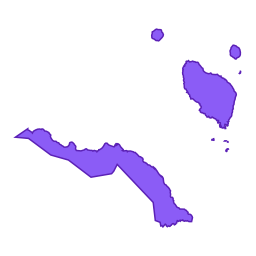 outline of Tawae/Siassi District, Morobe, Papua New Guinea
{"feature_id": "67681753B89980721222980", "entity_name": "Tawae/Siassi District", "entity_type": "district", "adm_level": 2, "iso_a3": "PNG", "parent_name": "Papua New Guinea", "parent_adm1": "Morobe", "projection": "robinson", "projection_center": [147.705, -5.833], "detail": "fine", "context": "isolated", "style": "filled", "palette": "violet", "viewbox_px": 256, "rotation_deg": 0, "n_neighbors": 0, "source": "geoboundaries", "source_scale": "gbopen_adm2", "svg_char_len": 5906}
<svg xmlns="http://www.w3.org/2000/svg" viewBox="0 0 256 256"><path d="M191.6,221.6L192.5,217.6L192.1,216.4L191.3,215.1L189.9,214.2L188.4,214.2L187.9,213.3L188.1,212.3L187.3,211.7L186.2,210.3L185.4,210.1L184.5,209.2L179.7,209.0L179.1,208.0L177.4,207.4L176.7,206.8L175.2,204.4L174.1,203.5L173.5,201.6L173.7,200.6L173.1,200.0L173.1,198.4L172.5,197.4L170.9,197.3L170.4,196.4L170.6,194.1L170.2,192.4L170.5,190.8L170.4,190.5L169.8,189.9L169.5,189.0L168.3,187.3L167.4,186.7L166.0,184.9L164.9,184.5L164.5,184.0L163.7,182.4L163.2,178.3L162.3,176.7L161.6,176.2L162.0,177.3L160.0,175.3L158.6,173.6L156.7,170.5L156.3,170.3L156.0,169.5L155.2,168.5L154.0,167.5L154.1,167.9L154.7,168.6L154.6,168.9L153.5,167.9L153.3,167.2L151.4,166.7L149.8,165.2L147.6,164.7L146.9,163.6L146.3,163.1L145.4,162.9L145.0,162.4L143.7,162.1L143.0,161.2L142.8,160.1L143.1,159.3L142.6,158.2L140.5,156.8L139.0,156.4L137.3,154.4L135.1,152.4L134.1,152.5L133.3,151.8L130.4,151.0L128.3,151.1L127.4,151.7L127.2,150.9L126.4,150.6L123.5,151.0L122.5,150.6L123.3,150.1L123.3,149.7L120.7,146.9L119.4,144.7L117.9,143.7L117.1,143.7L117.0,144.1L117.3,144.7L115.9,145.6L115.7,145.3L115.7,144.9L116.6,143.7L116.1,143.6L115.3,144.5L114.2,146.8L113.8,146.8L109.5,145.3L108.4,144.7L107.2,143.3L105.9,143.1L104.9,143.7L103.3,146.5L101.9,148.2L100.0,149.5L98.8,149.7L98.7,150.4L97.7,150.9L97.0,151.7L96.8,151.1L95.7,150.8L95.2,150.9L94.7,150.5L94.0,150.5L92.9,151.1L91.9,150.4L90.2,150.4L87.5,149.9L86.7,149.0L86.2,148.8L85.2,149.1L84.5,149.8L81.0,150.9L76.4,150.5L75.5,149.0L75.8,146.5L75.6,146.0L74.6,144.9L73.9,143.7L72.4,142.3L71.3,142.1L69.9,142.6L69.5,143.3L69.5,144.4L67.7,146.7L65.1,147.2L64.1,147.1L62.9,146.1L61.6,145.5L61.1,144.9L59.6,144.2L58.7,142.8L57.2,142.5L56.0,141.3L53.8,141.2L52.4,140.2L50.8,137.7L50.4,136.2L50.8,135.1L49.8,134.2L49.6,133.6L49.0,133.2L48.9,132.6L46.5,131.3L44.7,131.0L44.0,130.0L42.8,129.0L41.7,129.0L41.3,129.5L39.8,129.0L37.6,129.2L35.8,129.9L33.8,131.0L33.0,131.9L32.4,133.1L31.6,132.1L30.3,131.4L29.5,130.6L28.0,130.0L27.8,129.8L27.8,128.7L15.4,137.2L28.5,138.4L50.8,155.0L68.4,160.0L91.0,177.2L111.6,173.7L113.7,171.3L117.2,164.4L153.2,202.4L155.3,220.5L160.1,222.3L160.8,226.0L161.9,225.7L162.9,226.9L165.2,224.2L165.4,224.2L165.6,224.7L166.0,224.8L166.5,226.0L167.3,226.7L168.4,225.9L169.6,226.4L170.0,226.3L170.7,225.4L171.3,225.2L171.4,224.8L172.5,223.7L173.0,223.9L173.4,223.6L174.0,223.9L174.4,224.8L175.5,224.3L176.3,223.0L176.7,222.9L176.9,221.6L177.3,220.6L177.8,220.7L178.3,221.4L179.7,220.8L180.2,221.1L180.3,220.3L180.8,220.6L181.7,220.3L182.1,220.5L182.8,220.0L183.5,220.9L184.5,221.2L185.2,220.7L186.1,221.1L187.4,220.7L188.3,221.4L190.1,221.7L191.0,221.5L191.6,221.6ZM189.6,61.9L188.5,60.6L187.7,61.3L186.4,61.2L186.1,61.5L186.3,63.1L186.0,63.5L185.5,63.5L184.6,64.9L184.9,65.8L184.6,66.1L184.1,65.8L183.8,66.0L183.8,66.4L183.1,67.4L182.7,69.0L183.2,69.7L182.8,70.3L182.9,71.4L182.6,72.6L182.8,74.4L183.4,75.7L183.4,77.3L183.9,78.5L183.9,79.3L183.5,79.9L183.6,80.8L184.4,82.3L184.4,82.7L183.8,83.4L184.2,84.9L184.3,87.5L184.7,88.5L185.1,89.0L186.0,89.1L186.5,90.3L187.1,90.9L187.1,91.6L186.7,92.4L187.1,92.5L187.5,92.0L187.8,92.1L188.5,93.9L189.6,94.9L189.8,95.6L189.7,96.4L190.6,97.5L190.7,98.9L191.8,98.9L192.4,98.7L192.9,98.9L195.5,101.3L197.1,102.2L198.0,102.2L199.0,103.1L199.3,103.8L199.6,103.7L199.9,103.9L200.2,105.6L201.1,106.3L201.3,107.0L200.9,108.2L200.0,109.0L199.3,110.2L200.4,111.2L200.4,111.9L200.7,112.2L201.4,112.7L202.2,112.6L203.8,113.6L204.6,113.5L205.0,113.6L205.5,115.0L206.8,116.4L207.1,117.1L208.1,116.9L208.7,116.4L209.3,117.6L210.8,118.0L211.8,117.6L212.0,117.1L212.4,117.1L212.9,117.6L213.5,117.7L214.2,118.5L215.6,118.8L216.8,120.6L217.5,120.3L218.5,120.5L218.2,121.6L219.4,122.8L220.3,122.8L220.4,124.7L221.9,127.8L223.0,128.1L223.7,127.4L224.1,127.4L224.6,127.9L225.4,127.6L225.5,126.8L224.9,125.7L224.8,124.8L225.0,124.3L226.4,124.8L227.2,126.0L227.7,125.8L228.0,125.3L227.8,124.4L228.3,123.6L228.1,122.5L227.7,121.9L228.3,121.9L228.9,121.5L228.6,120.1L229.8,118.5L230.3,117.4L230.8,117.1L231.6,116.0L231.8,114.8L231.8,113.3L232.3,112.7L232.5,111.4L232.5,109.6L233.3,108.9L233.1,108.3L233.2,105.6L233.9,104.6L234.3,101.3L235.1,99.1L235.3,97.5L236.3,94.9L236.1,93.5L235.7,92.6L234.0,90.9L234.0,90.2L233.5,89.0L232.9,88.3L232.6,87.4L231.1,85.3L230.3,84.4L230.0,83.7L227.3,82.1L226.7,80.7L225.3,79.3L224.7,79.5L223.9,78.4L223.2,78.1L222.4,78.1L221.7,77.3L221.3,77.3L220.9,76.0L220.1,76.4L219.7,76.2L218.3,75.3L217.4,74.3L215.8,74.6L212.6,74.4L211.7,74.1L210.8,73.0L209.9,73.5L208.3,73.7L206.0,72.9L204.4,71.9L203.3,70.7L202.9,68.4L201.8,67.7L199.9,65.2L199.2,64.7L198.6,63.2L197.8,62.3L195.6,62.3L195.0,61.7L193.7,61.7L192.8,61.1L191.4,61.6L189.6,61.9ZM236.1,59.0L237.0,57.8L238.7,57.1L239.8,56.0L240.3,54.8L240.4,52.3L239.8,49.6L238.9,47.9L236.9,46.8L236.2,46.0L233.8,45.2L233.1,45.2L231.1,47.6L231.0,48.6L230.0,50.9L230.4,53.3L230.3,54.8L230.8,55.7L232.2,56.5L233.5,57.6L234.4,57.9L234.9,58.7L235.5,59.0L236.1,59.0ZM158.0,29.6L156.7,29.1L155.6,29.5L153.2,31.5L152.4,31.7L152.2,32.0L152.2,33.7L151.7,35.2L151.9,37.7L152.4,38.4L154.2,39.1L156.1,40.6L157.3,40.5L158.3,40.9L159.1,40.6L162.0,37.6L163.0,36.2L163.4,34.7L162.7,32.9L161.9,32.2L161.3,30.0L160.1,29.6L158.0,29.6ZM226.8,151.4L227.0,149.9L228.4,149.1L228.3,148.9L227.4,148.8L226.4,149.5L225.8,150.9L226.4,151.5L226.8,151.4ZM214.0,140.1L213.7,138.7L213.3,138.8L212.7,139.4L211.9,139.5L211.8,140.0L213.8,140.3L214.0,140.1ZM220.5,127.3L220.9,126.6L219.9,124.5L219.6,124.8L219.8,126.5L220.0,127.1L220.5,127.3ZM240.4,73.1L240.6,72.1L240.6,71.4L240.4,71.3L240.1,72.5L239.3,73.4L239.6,73.6L240.4,73.1ZM218.4,122.8L218.3,122.5L217.8,122.2L217.7,122.7L218.1,123.1L218.4,122.8ZM228.1,142.0L227.9,141.6L227.3,141.6L227.4,142.0L228.0,142.2L228.1,142.0ZM225.7,128.5L225.6,128.0L225.0,128.2L225.1,128.6L225.7,128.5ZM225.4,141.1L225.7,140.8L224.7,140.8L224.5,141.0L225.4,141.1Z" fill="#8b5cf6" stroke="#5b21b6" stroke-width="1.5"/></svg>